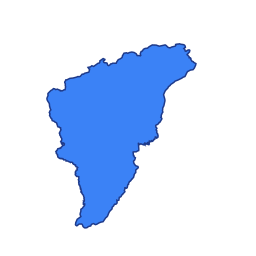 outline of Fang, Chiang Mai, Thailand, rotated 64°
{"feature_id": "78962969B22433102808870", "entity_name": "Fang", "entity_type": "district", "adm_level": 2, "iso_a3": "THA", "parent_name": "Thailand", "parent_adm1": "Chiang Mai", "projection": "orthographic", "projection_center": [99.201, 19.909], "detail": "fine", "context": "isolated", "style": "filled", "palette": "blue", "viewbox_px": 256, "rotation_deg": 64, "n_neighbors": 0, "source": "geoboundaries", "source_scale": "gbopen_adm2", "svg_char_len": 5903}
<svg xmlns="http://www.w3.org/2000/svg" viewBox="0 0 256 256"><g transform="rotate(64 128 128)"><path d="M191.9,217.6L192.6,217.5L193.4,217.0L193.5,216.6L192.9,214.1L194.0,211.7L194.9,211.4L196.9,211.6L198.6,210.9L199.3,209.7L199.6,208.4L199.3,207.3L199.3,206.0L199.7,204.5L198.7,203.2L198.6,202.4L198.9,200.7L199.9,200.2L200.6,199.6L200.8,198.2L200.6,195.8L200.7,193.8L201.3,191.5L198.9,187.3L198.8,186.4L198.2,185.0L195.9,182.5L194.9,181.1L193.7,177.8L192.3,177.0L191.7,175.0L191.0,174.2L190.7,173.6L190.7,173.1L191.2,172.4L190.9,171.1L190.1,170.4L188.1,169.7L188.6,169.3L188.9,167.9L186.5,166.2L186.7,164.8L186.3,163.9L185.5,163.2L185.4,162.0L184.9,161.6L184.9,161.0L184.3,159.8L184.1,159.0L183.7,158.6L182.7,158.8L181.4,157.5L180.4,157.1L180.5,156.6L181.3,156.1L181.5,155.5L181.2,154.8L179.1,153.2L178.9,152.9L178.8,152.1L178.0,151.8L177.2,150.6L176.8,150.3L176.8,149.3L176.5,148.7L176.5,148.4L175.6,147.2L175.7,146.5L175.4,146.2L174.8,144.6L173.9,144.0L173.6,143.5L172.7,143.0L171.8,141.7L171.5,140.6L169.2,139.5L168.2,136.2L167.0,135.9L165.2,137.7L162.3,138.2L160.3,137.6L160.0,137.2L159.7,136.0L158.0,134.4L156.7,135.1L155.4,134.8L155.2,135.2L151.9,134.0L151.8,133.8L152.2,132.8L153.0,131.0L152.8,129.4L153.0,128.3L151.9,127.6L145.8,125.2L147.6,125.1L148.0,124.8L147.8,123.4L149.4,122.0L149.7,121.1L150.1,121.1L150.1,120.7L150.4,120.5L149.7,120.5L150.0,119.9L149.5,119.6L149.1,119.8L148.9,119.4L149.5,119.1L150.1,119.2L150.5,118.9L150.5,118.4L149.8,118.6L150.2,117.7L150.7,117.6L150.2,117.1L150.9,116.8L151.5,117.1L151.9,116.8L151.3,116.5L151.7,115.9L150.9,115.6L150.5,115.9L150.2,115.1L149.8,115.5L149.9,114.4L149.4,114.3L150.3,113.6L150.4,112.8L149.8,112.8L149.7,112.2L150.7,111.7L150.4,110.8L149.8,110.2L149.9,109.5L149.5,109.3L149.7,108.6L148.1,107.4L148.5,106.8L149.7,106.7L149.7,106.3L149.2,105.8L149.3,105.0L147.5,104.1L147.1,104.3L146.0,103.9L144.8,104.3L143.2,103.3L142.0,103.6L140.9,102.1L139.4,102.6L138.9,102.3L138.2,102.2L137.8,101.8L137.6,100.8L137.8,100.1L137.4,98.5L136.7,97.7L136.8,96.8L134.6,93.5L134.0,93.4L132.8,93.8L132.4,93.1L131.0,92.5L130.6,91.8L129.9,91.3L129.0,89.7L127.5,89.4L126.2,88.5L125.2,88.0L123.8,86.1L119.8,82.9L118.3,82.3L113.9,81.5L113.5,81.3L111.5,79.0L110.7,77.9L109.6,74.8L108.6,73.5L108.2,71.5L107.6,70.5L107.1,66.7L106.5,65.2L106.8,62.2L106.8,57.8L106.5,56.4L106.7,54.2L103.8,50.5L103.4,49.7L103.3,46.5L104.1,44.0L103.2,42.1L101.1,39.6L99.9,38.7L97.7,40.3L97.2,40.2L96.5,40.7L96.2,41.2L93.5,41.5L93.3,41.1L92.9,41.0L92.1,41.3L91.7,42.2L90.6,41.8L88.2,42.7L87.9,42.7L87.6,42.2L87.6,41.7L87.4,41.5L86.6,39.4L85.3,38.4L84.7,38.7L84.4,39.3L84.2,40.5L84.5,42.2L84.0,42.8L82.0,42.5L81.1,43.0L80.6,41.6L80.7,41.1L79.5,40.7L78.2,40.9L77.2,41.8L76.1,43.5L74.8,45.0L74.6,46.1L74.1,47.1L73.8,48.6L74.8,48.9L75.1,49.7L74.3,53.6L74.5,54.7L74.0,55.7L72.8,56.8L70.6,57.5L69.6,58.2L68.2,64.0L65.8,66.4L64.0,69.8L64.2,73.4L64.8,75.5L64.0,77.7L64.0,79.6L65.1,81.4L65.0,82.7L66.6,84.4L68.4,84.8L68.5,85.4L67.8,86.2L66.9,88.0L65.1,88.0L64.5,88.3L62.8,89.4L61.4,91.3L60.8,93.6L60.8,95.5L59.8,96.3L59.0,98.8L60.8,101.5L61.3,101.7L62.1,102.6L62.4,104.5L62.3,106.8L63.7,109.2L64.6,110.1L64.5,110.5L63.1,113.2L63.1,114.7L62.8,115.6L63.4,116.7L63.5,118.0L62.6,118.7L60.6,118.4L59.9,119.0L59.1,120.4L58.3,121.0L56.8,120.7L56.7,120.4L56.9,119.4L56.2,118.7L54.7,119.9L55.3,123.8L56.4,124.4L57.0,125.2L56.7,126.7L57.6,131.9L56.2,133.2L56.6,134.9L56.0,137.4L57.7,137.2L58.3,136.7L60.5,138.5L60.6,139.0L59.8,143.0L60.1,144.4L59.5,145.6L60.7,148.3L60.4,149.6L59.8,150.4L59.7,152.0L59.0,155.5L57.9,158.5L57.9,161.7L57.5,162.9L58.1,163.4L58.9,164.7L59.6,165.0L60.8,164.9L62.1,165.7L63.5,166.0L66.0,167.7L65.6,168.9L65.8,170.3L65.6,171.3L65.2,171.7L64.7,172.0L64.9,172.6L63.6,173.1L63.0,173.8L62.2,174.3L61.7,176.2L60.7,176.7L59.9,177.8L60.4,179.1L60.5,180.9L61.7,184.4L62.2,185.1L63.6,185.5L65.7,187.8L66.6,188.2L68.0,188.4L71.6,188.0L73.9,188.9L76.0,189.3L77.9,189.4L78.3,190.5L79.6,192.0L80.6,191.8L81.0,192.2L81.7,192.3L82.3,193.0L85.7,192.9L86.3,192.5L88.1,192.9L89.9,191.2L90.9,191.0L91.5,190.3L92.1,190.0L92.6,189.9L93.0,190.2L94.5,190.2L94.8,190.4L95.6,190.5L96.4,190.4L97.1,189.3L97.9,189.1L98.2,188.5L99.5,189.0L100.2,189.0L102.5,192.0L103.4,191.8L103.7,192.1L104.9,192.4L105.7,192.1L106.8,192.4L107.9,192.2L108.8,192.3L109.7,192.8L110.8,194.5L111.6,194.0L111.8,194.4L112.3,194.5L112.0,193.9L112.1,193.7L113.5,194.2L113.5,193.3L113.0,193.1L113.2,192.4L114.5,192.1L115.4,193.1L114.8,194.4L115.5,194.7L116.1,196.8L116.5,197.1L116.3,197.5L116.5,197.8L116.2,198.0L116.3,198.9L115.9,199.7L115.9,200.3L117.1,201.7L117.0,202.2L117.3,202.4L117.7,203.3L118.6,203.1L119.5,203.6L121.0,203.0L121.4,203.4L122.4,203.4L123.1,203.8L124.5,203.3L124.7,203.0L125.3,202.8L125.6,202.2L125.9,202.2L126.0,201.6L126.5,201.2L126.4,200.8L126.8,200.6L126.9,200.2L127.3,200.2L127.5,199.8L128.4,199.8L129.2,198.2L130.0,197.9L130.6,198.1L130.8,197.3L131.6,196.4L132.0,196.3L132.9,195.3L133.8,194.9L133.7,194.3L134.3,193.3L135.2,192.9L135.7,193.2L136.8,192.8L136.9,192.5L138.3,191.4L138.7,191.9L139.4,191.6L139.9,191.7L140.8,190.8L141.5,190.5L141.9,191.5L143.4,191.9L143.3,193.2L143.9,193.6L144.3,194.5L145.2,195.0L145.8,194.8L146.1,195.0L146.1,195.4L146.9,195.9L149.0,195.4L149.5,194.4L150.3,193.6L150.8,194.0L151.4,194.1L152.3,194.6L152.7,195.3L153.2,195.2L154.0,195.6L154.6,195.3L155.3,196.2L156.0,196.3L156.9,196.8L157.4,196.6L157.8,196.9L158.4,196.5L159.4,196.8L160.4,196.7L160.9,197.3L161.7,197.0L162.1,197.5L162.8,197.2L164.0,197.6L164.1,197.8L164.5,197.6L164.8,198.3L165.1,198.4L166.1,197.8L166.7,198.1L169.0,197.6L170.8,198.0L171.6,197.9L171.9,198.4L172.5,198.7L173.1,198.6L174.1,199.2L174.4,199.2L174.6,199.5L174.3,199.9L174.7,199.9L175.1,200.7L175.9,200.8L176.7,201.6L177.2,201.5L177.3,200.3L178.1,200.6L178.9,201.6L179.5,203.2L180.1,204.0L180.4,206.0L182.1,206.8L183.7,208.3L184.8,209.0L187.0,209.2L187.8,213.7L190.1,216.4L191.9,217.6Z" fill="#3b82f6" stroke="#1e3a8a" stroke-width="1.5"/></g></svg>